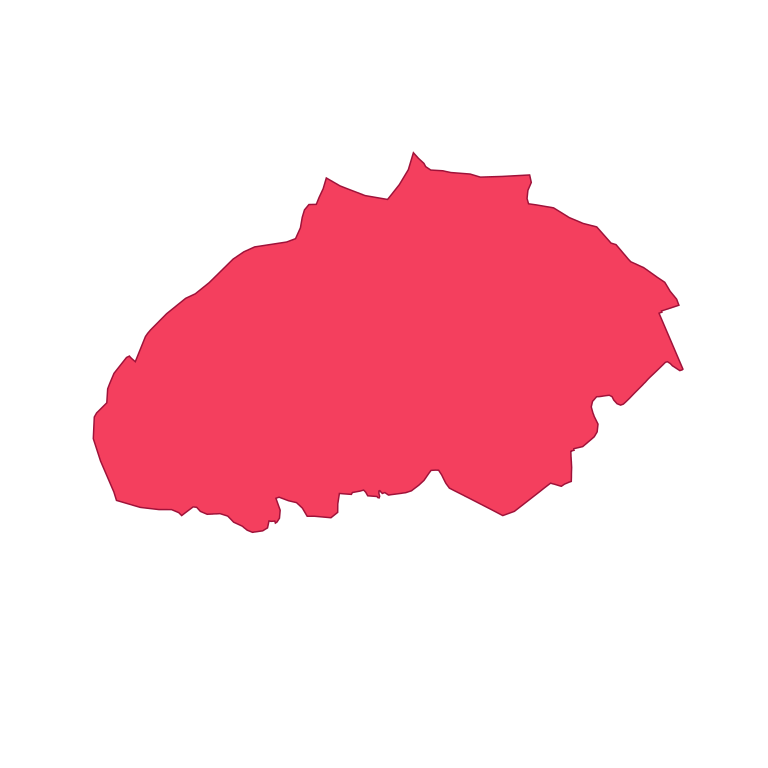 Kereneik, Western Darfur, Sudan (Albers equal-area conic projection), rotated 48°
{"feature_id": "16777658B41209809376669", "entity_name": "Kereneik", "entity_type": "district", "adm_level": 2, "iso_a3": "SDN", "parent_name": "Sudan", "parent_adm1": "Western Darfur", "projection": "albers", "projection_center": [22.962, 13.294], "detail": "fine", "context": "isolated", "style": "filled", "palette": "rose", "viewbox_px": 768, "rotation_deg": 48, "n_neighbors": 0, "source": "geoboundaries", "source_scale": "gbopen_adm2", "svg_char_len": 4550}
<svg xmlns="http://www.w3.org/2000/svg" viewBox="0 0 768 768"><g transform="rotate(48 384 384)"><path d="M192.9,554.5L192.0,557.6L195.4,577.5L200.1,587.5L202.7,592.6L212.5,602.6L213.2,616.9L214.7,621.4L230.1,636.6L251.6,646.2L283.5,657.0L291.5,660.7L312.6,647.7L326.7,635.3L332.3,629.1L335.2,625.9L342.3,622.6L346.4,622.4L346.7,618.4L347.1,613.7L347.6,608.2L347.9,607.8L348.1,607.6L349.3,606.6L349.9,606.0L350.3,605.7L353.0,605.7L354.1,605.7L355.8,605.7L359.7,603.9L362.2,602.7L362.5,602.6L363.1,601.8L366.0,598.3L366.4,597.7L367.5,596.4L368.7,595.0L370.6,592.6L377.6,588.5L382.4,588.3L386.1,588.2L391.2,586.0L394.0,584.8L394.5,584.6L394.8,584.5L395.0,584.4L396.6,584.2L396.9,584.2L398.5,583.9L399.1,583.8L400.6,583.6L401.0,583.5L401.7,583.2L402.9,582.6L403.5,582.3L406.2,581.0L406.3,580.9L406.7,580.3L407.1,579.6L407.6,578.8L407.8,578.6L409.3,576.4L409.6,575.9L411.9,572.5L412.0,572.2L412.6,568.8L413.0,567.0L413.0,566.9L412.7,566.4L412.4,566.0L411.7,565.1L411.6,564.9L409.1,561.5L409.0,561.4L408.8,561.1L409.0,560.9L409.3,560.7L409.5,560.6L410.1,560.1L410.3,560.0L410.5,559.9L410.6,559.7L410.8,559.5L411.0,559.2L411.4,558.7L411.5,558.6L412.3,557.5L412.5,557.2L412.8,556.9L413.2,557.1L413.9,557.4L414.3,557.6L414.7,557.8L415.0,556.0L413.8,551.5L408.3,545.6L396.6,540.8L397.9,537.7L406.8,533.1L413.6,528.4L421.6,527.7L430.9,529.6L435.6,524.3L447.9,512.9L448.4,504.3L442.2,498.6L435.5,490.4L439.2,486.9L444.2,482.1L443.5,480.1L447.6,473.4L448.7,471.1L449.2,470.1L452.1,470.0L456.2,470.9L462.9,464.5L464.3,464.6L465.4,463.8L464.5,462.3L461.8,461.0L461.6,460.5L461.0,460.3L460.1,459.3L460.4,458.5L461.8,458.6L462.9,458.5L464.2,458.5L464.7,457.3L465.3,456.0L467.4,455.5L469.5,455.0L470.3,453.9L470.5,453.5L475.1,446.8L477.1,443.9L477.3,443.5L479.3,440.6L481.1,436.5L481.7,435.2L481.7,434.9L481.8,434.8L481.8,434.6L481.9,432.9L482.4,427.0L482.5,425.8L482.4,418.8L480.4,410.4L479.7,406.9L480.1,406.3L482.4,403.4L484.6,401.1L485.2,401.2L490.3,402.0L493.0,402.8L497.3,404.0L499.3,404.5L502.3,404.8L504.6,405.0L504.9,405.1L505.1,405.1L505.5,404.9L505.8,404.8L506.0,404.8L506.4,404.6L510.9,402.9L519.1,399.7L520.9,399.0L521.1,399.0L522.3,398.5L525.1,397.4L549.3,388.2L561.2,383.8L561.3,383.7L565.9,372.3L568.2,340.1L568.5,334.9L569.0,328.4L569.0,328.1L569.1,327.7L569.1,326.8L569.1,326.7L569.3,326.4L569.9,326.1L570.9,325.5L572.5,324.4L577.2,321.6L577.8,321.2L578.1,321.0L578.5,320.8L578.7,320.6L578.7,320.4L578.8,319.8L578.9,319.1L579.1,317.4L579.2,316.8L579.8,315.1L580.6,312.8L580.6,312.6L581.0,311.7L581.4,310.8L581.6,310.4L581.7,310.0L578.8,307.2L576.6,305.2L574.9,303.6L571.6,300.4L570.1,299.2L569.6,298.8L568.0,297.5L567.2,296.8L566.6,296.4L565.6,295.6L563.5,293.9L563.3,293.8L561.8,292.5L559.2,290.4L559.5,289.8L559.1,289.5L560.4,287.2L560.0,287.1L559.1,286.2L563.5,278.2L563.9,263.7L563.9,263.1L562.2,257.6L557.0,251.8L548.8,249.5L548.0,249.2L547.7,249.0L546.4,248.5L545.9,248.4L544.5,247.7L539.7,245.3L536.5,240.7L536.4,240.2L536.3,239.6L536.3,239.3L536.3,239.1L536.2,238.6L536.2,238.4L536.2,238.1L536.1,237.8L536.1,237.5L536.0,237.2L536.0,236.7L535.8,235.2L535.7,234.7L536.2,233.9L537.1,232.9L538.1,231.5L538.4,231.1L539.6,229.2L540.8,227.4L541.7,226.1L543.1,224.1L546.0,223.0L549.7,224.0L554.6,224.0L558.0,222.3L559.1,219.6L559.1,218.3L559.1,217.9L559.1,217.7L559.1,216.7L558.9,211.3L558.4,204.4L558.3,202.6L558.0,197.2L557.7,191.7L557.6,191.4L557.5,188.4L557.3,186.9L557.0,183.7L557.0,183.2L556.9,181.2L556.9,180.7L556.7,173.1L556.4,165.2L556.4,164.3L556.3,163.2L556.2,160.4L557.0,158.5L560.2,157.6L561.8,157.5L563.4,157.5L572.0,155.2L572.9,153.2L573.0,153.0L573.0,152.5L573.0,152.4L573.0,152.1L573.0,151.9L515.8,132.4L515.4,132.2L516.6,129.4L515.4,128.9L522.8,112.1L522.6,112.0L521.9,111.8L516.9,109.8L515.4,109.7L506.5,109.3L501.6,108.3L496.3,107.3L487.6,109.5L471.5,113.1L458.3,118.8L454.7,118.9L435.7,118.3L431.2,121.0L409.6,120.8L397.9,128.6L384.2,135.0L366.6,140.1L352.9,150.9L346.8,156.0L341.9,153.6L336.4,147.5L332.8,139.7L326.3,136.0L326.1,135.9L308.9,157.2L294.7,174.0L285.6,179.5L271.6,192.8L267.5,195.8L264.9,197.6L256.3,206.1L250.3,207.6L246.8,206.7L239.4,207.4L231.8,207.4L241.0,222.5L246.1,239.2L248.8,255.1L249.2,257.9L231.3,272.0L219.3,278.1L214.0,280.8L207.4,284.1L192.3,289.0L198.2,298.6L202.0,307.6L205.2,314.1L200.4,319.7L201.4,326.6L205.4,333.2L212.0,341.6L216.8,352.5L213.3,361.4L196.5,387.0L195.6,388.3L192.0,399.6L190.2,412.5L191.7,446.1L190.7,463.9L187.6,474.1L186.3,498.5L187.6,521.2L188.2,525.7L189.1,529.5L201.0,553.9L197.1,554.4L194.5,554.6L192.9,554.5Z" fill="#f43f5e" stroke="#9f1239" stroke-width="1.5"/></g></svg>